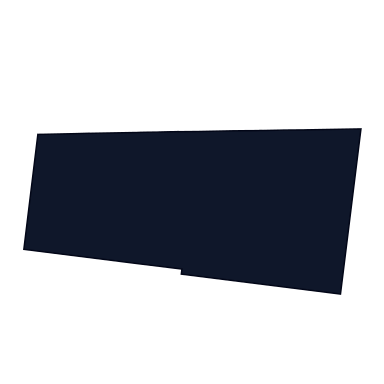 Adair, Oklahoma, United States of America (orthographic projection), rotated 277°
{"feature_id": "52423323B59110128996331", "entity_name": "Adair", "entity_type": "district", "adm_level": 2, "iso_a3": "USA", "parent_name": "United States of America", "parent_adm1": "Oklahoma", "projection": "orthographic", "projection_center": [-94.555, 35.9], "detail": "fine", "context": "isolated", "style": "filled", "palette": "ink", "viewbox_px": 384, "rotation_deg": 277, "n_neighbors": 0, "source": "geoboundaries", "source_scale": "gbopen_adm2", "svg_char_len": 643}
<svg xmlns="http://www.w3.org/2000/svg" viewBox="0 0 384 384"><g transform="rotate(277 192 192)"><path d="M230.4,32.0L114.6,32.1L114.3,145.5L114.3,191.4L109.2,191.4L108.8,351.8L275.2,352.0L267.7,298.5L267.4,296.6L265.0,278.3L264.8,276.6L264.2,272.7L262.0,257.3L261.7,255.2L261.3,251.7L261.1,251.0L260.9,249.4L260.0,242.8L259.3,237.2L258.7,232.7L257.7,225.2L252.8,191.0L250.2,171.2L250.2,170.9L250.3,170.8L250.1,170.0L249.4,165.2L249.3,164.2L247.5,152.0L247.4,151.7L245.6,138.4L244.8,132.9L244.2,129.4L243.8,126.2L237.8,83.7L237.8,83.1L235.6,68.5L231.2,38.0L230.4,32.1L230.4,32.0Z" fill="#0f172a" stroke="#020617" stroke-width="1.5"/></g></svg>